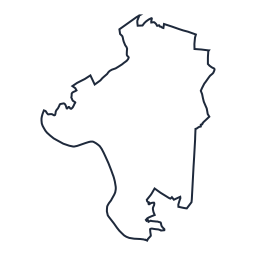 outline of Thuan An, Bình Dương, Vietnam
{"feature_id": "81297802B69956804658452", "entity_name": "Thuan An", "entity_type": "district", "adm_level": 2, "iso_a3": "VNM", "parent_name": "Vietnam", "parent_adm1": "Bình Dương", "projection": "mercator", "projection_center": [106.706, 10.932], "detail": "fine", "context": "isolated", "style": "outline", "palette": "slate", "viewbox_px": 256, "rotation_deg": 0, "n_neighbors": 0, "source": "geoboundaries", "source_scale": "gbopen_adm2", "svg_char_len": 4451}
<svg xmlns="http://www.w3.org/2000/svg" viewBox="0 0 256 256"><path d="M53.7,138.4L56.2,139.8L63.3,143.7L69.2,145.7L73.0,146.5L74.4,146.5L77.2,145.9L85.6,143.0L88.8,142.0L90.7,141.6L92.0,141.6L92.8,141.6L94.0,142.1L96.1,143.3L97.9,144.6L99.7,146.1L101.6,148.8L103.7,152.8L105.7,157.1L108.5,163.3L111.2,170.2L113.0,175.2L113.2,175.6L113.9,177.8L114.8,181.3L115.4,184.8L115.7,186.6L115.8,188.1L115.7,189.7L115.2,192.4L114.2,194.7L111.5,199.5L111.1,200.3L110.9,200.6L108.9,203.2L107.7,205.3L107.2,206.4L107.0,208.2L106.9,210.0L106.9,211.5L107.2,212.8L107.8,215.4L109.0,217.1L113.9,223.4L117.0,227.8L119.3,230.7L119.8,231.2L121.6,233.0L124.1,235.4L126.4,236.8L129.2,237.9L134.1,238.7L140.2,239.0L143.5,239.4L145.6,240.0L145.8,239.8L147.1,240.6L148.0,238.9L148.2,238.7L148.4,238.5L148.5,238.3L148.7,238.1L150.6,236.1L150.7,235.5L150.8,235.4L150.7,234.5L150.3,232.1L150.1,229.2L150.9,228.7L151.5,228.6L151.9,228.6L152.7,228.7L153.7,228.9L155.1,229.1L156.9,229.3L158.2,229.4L158.9,229.6L160.3,230.1L160.9,230.5L161.4,230.5L162.4,230.4L163.6,230.3L164.3,230.2L164.4,229.8L164.3,229.4L164.3,229.1L163.8,228.6L163.0,227.8L162.2,226.9L161.6,226.0L161.2,224.8L161.1,223.9L160.9,223.4L160.9,223.2L160.7,222.6L160.5,222.4L160.0,222.3L158.5,221.9L157.6,221.6L156.9,221.5L155.8,221.5L155.2,221.4L154.6,221.3L154.1,221.3L153.2,221.2L152.4,221.1L152.0,221.1L151.1,220.8L150.7,220.7L148.5,221.8L147.9,220.2L146.6,220.9L145.9,219.9L147.3,218.3L148.7,217.5L151.4,216.3L154.7,215.0L153.5,212.1L153.2,210.8L152.9,209.1L152.9,208.3L153.0,207.7L153.3,206.9L153.9,205.5L154.0,205.4L154.2,204.6L154.2,204.2L154.3,203.5L154.2,203.0L154.0,202.7L153.7,202.7L153.1,202.7L152.1,202.8L151.2,203.1L150.4,203.5L149.4,204.2L149.0,204.3L148.7,204.2L148.5,203.8L148.5,203.5L148.5,203.2L149.1,202.8L149.3,202.6L149.2,202.5L148.8,202.3L148.0,202.0L147.6,201.7L147.2,201.3L147.0,200.7L146.8,199.8L150.7,195.0L151.7,193.5L152.4,192.3L154.6,188.5L160.6,192.8L166.1,196.2L167.7,197.2L168.8,197.9L169.9,198.4L170.3,198.6L170.5,198.6L171.9,197.2L173.9,199.7L178.2,197.7L180.2,196.8L180.4,198.1L179.5,200.6L178.4,204.3L178.3,204.9L178.4,205.7L178.4,206.8L184.6,208.1L186.7,208.4L186.8,208.4L190.9,203.0L191.5,202.2L191.8,199.4L193.5,167.5L194.1,157.6L195.1,139.6L195.2,136.3L195.5,128.9L196.6,128.6L197.8,127.7L199.3,126.8L200.1,126.7L200.8,126.5L200.8,124.7L201.2,124.6L201.9,124.5L202.2,124.3L202.6,123.5L202.5,123.3L202.8,123.0L203.5,122.1L209.3,116.7L207.7,114.0L207.3,111.6L206.7,108.4L205.6,105.9L203.8,101.7L202.9,98.0L202.1,94.1L200.8,90.8L202.1,87.9L204.3,83.6L205.4,82.2L208.8,77.4L210.1,75.7L212.5,73.7L213.3,72.8L214.1,71.0L214.5,69.8L214.5,69.3L214.4,68.9L214.1,68.5L211.7,67.3L210.1,66.1L209.6,65.8L208.5,64.6L207.9,64.0L207.9,62.9L207.9,57.8L208.0,55.5L208.2,52.9L208.2,51.9L208.3,51.3L208.9,50.4L208.6,50.4L201.3,49.5L194.5,49.0L194.4,44.0L195.0,37.6L195.9,34.5L188.0,31.7L183.1,30.4L179.1,29.1L171.7,26.5L164.0,24.0L163.4,28.0L162.3,27.7L161.4,27.0L161.0,26.7L160.4,26.7L159.8,26.5L159.2,25.3L158.7,25.3L158.3,25.5L157.6,25.8L157.1,25.8L156.1,24.0L154.8,22.7L154.3,22.3L153.4,22.2L151.3,22.5L151.2,21.5L151.7,19.2L151.8,18.4L151.5,18.2L150.9,18.4L148.9,19.4L147.6,20.3L146.1,21.4L144.3,23.1L142.5,25.5L137.7,25.7L137.3,22.4L137.3,20.8L138.1,18.7L139.4,15.4L139.5,15.4L136.7,17.0L119.4,29.3L120.1,34.0L121.8,35.6L122.4,36.3L122.9,38.1L123.1,39.3L123.7,41.6L125.2,45.2L126.6,47.2L127.1,48.8L126.9,50.8L126.8,53.2L126.8,54.8L127.1,55.6L127.9,56.4L128.6,57.2L128.7,57.6L128.1,59.1L126.7,60.8L126.3,61.2L125.9,61.3L125.4,61.8L124.1,62.7L122.0,64.4L118.4,66.7L115.6,68.4L111.8,69.7L109.6,71.0L108.3,72.3L107.4,73.6L107.0,74.1L104.2,76.5L102.3,78.2L100.4,80.4L97.5,82.5L94.7,84.5L90.4,75.4L84.8,79.0L81.6,80.6L77.1,82.9L72.4,86.1L75.3,88.2L76.5,90.4L75.5,91.0L73.3,92.0L72.4,92.6L72.0,93.1L71.7,93.6L71.6,96.0L71.3,97.4L71.6,98.1L72.0,99.0L72.3,99.8L72.8,100.7L75.2,102.3L75.3,102.6L74.4,104.0L73.8,105.4L72.7,107.4L72.0,108.1L71.5,108.6L71.1,108.8L70.4,108.6L69.9,108.0L69.3,107.2L69.0,107.0L68.5,107.0L68.1,107.6L67.1,108.5L66.7,108.4L66.4,107.5L65.8,105.7L65.1,104.3L64.1,103.5L63.6,103.4L60.5,104.0L59.8,104.4L59.3,105.7L58.0,108.3L56.4,110.2L55.7,111.7L55.5,113.5L55.1,114.9L54.4,115.3L53.7,115.2L52.8,114.6L51.8,114.1L50.1,114.1L48.7,114.4L48.0,114.3L47.0,113.2L46.5,112.5L46.1,111.7L45.5,111.0L43.9,110.4L42.5,114.1L41.8,116.7L41.5,118.5L41.5,120.6L41.8,123.5L42.6,125.8L43.8,128.0L45.4,130.7L47.0,132.7L50.1,135.5L53.7,138.4Z" fill="none" stroke="#1e293b" stroke-width="2"/></svg>